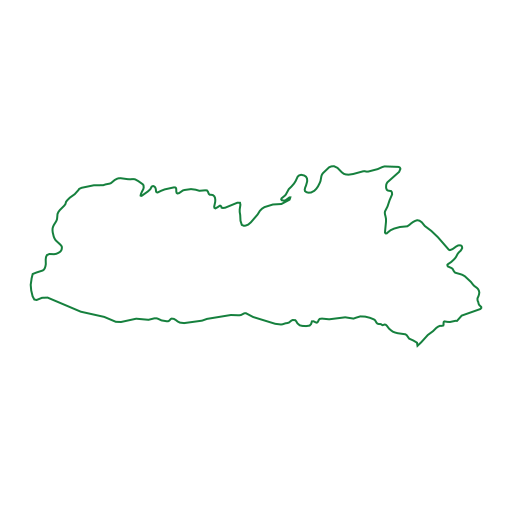 map outline of Meghalaya (Mercator projection)
{"feature_id": "IND-2489", "entity_name": "Meghalaya", "entity_type": "State", "adm_level": 1, "iso_a3": "IND", "parent_name": "India", "parent_adm1": "", "projection": "mercator", "projection_center": [91.449, 25.547], "detail": "fine", "context": "isolated", "style": "outline", "palette": "green", "viewbox_px": 512, "rotation_deg": 0, "n_neighbors": 0, "source": "natural_earth", "source_scale": "10m", "svg_char_len": 4870}
<svg xmlns="http://www.w3.org/2000/svg" viewBox="0 0 512 512"><path d="M417.5,345.8L417.0,342.7L413.3,340.5L409.1,338.6L406.7,335.2L405.4,334.3L397.6,333.2L395.0,332.5L392.9,331.7L391.1,330.4L389.0,328.6L386.8,325.7L385.8,324.8L384.7,324.5L382.6,325.2L381.8,324.8L380.8,324.1L378.6,324.0L377.4,323.6L376.5,322.7L375.1,320.3L373.9,319.4L369.9,317.8L365.1,316.6L360.3,316.4L356.3,317.6L353.5,318.6L345.2,317.3L329.2,319.3L322.0,318.6L319.7,318.9L318.8,319.9L317.9,321.8L316.8,322.7L315.5,322.3L313.6,321.3L311.9,321.4L311.1,324.0L309.6,325.6L306.1,326.1L302.3,325.9L299.7,325.3L297.4,323.3L296.3,321.4L295.3,320.2L292.7,320.0L291.4,320.6L288.9,322.6L287.1,323.1L285.5,323.3L282.5,324.3L281.0,324.5L275.2,323.8L253.1,317.0L245.9,313.2L244.3,313.3L241.0,315.0L239.2,315.3L230.9,315.0L207.0,318.9L202.2,320.6L201.0,320.8L184.1,323.1L179.9,322.6L177.7,321.5L175.9,320.1L173.9,318.9L171.6,318.6L170.8,319.0L169.2,320.7L168.3,321.2L167.0,321.3L161.5,320.4L158.3,318.9L156.6,318.3L154.5,318.3L148.5,319.8L136.2,318.7L121.0,322.0L115.8,321.8L104.2,316.9L80.8,311.7L47.6,297.6L42.0,297.8L36.6,300.0L34.3,299.5L32.6,296.3L31.2,290.4L30.7,284.8L31.4,280.0L31.6,278.4L32.7,274.0L36.5,272.5L42.7,270.5L43.9,269.6L44.7,268.4L45.4,266.4L45.8,264.2L45.7,259.4L46.0,257.1L46.9,255.1L49.4,254.0L54.0,254.2L56.3,253.8L58.5,252.8L60.2,251.7L61.1,250.6L61.6,249.6L61.9,247.8L61.8,246.7L61.4,245.9L60.4,244.7L56.4,241.0L55.3,239.8L54.4,238.2L53.7,236.5L52.7,232.3L52.5,230.2L52.6,228.3L53.1,226.6L53.9,224.9L55.8,221.9L56.5,220.6L57.0,219.2L57.2,217.5L57.5,214.0L58.4,212.0L59.8,210.1L64.3,205.6L65.4,204.1L66.1,201.7L67.5,200.0L69.8,197.7L74.7,194.2L78.4,190.1L79.2,188.9L81.6,187.8L93.7,185.3L103.2,185.2L105.6,184.4L109.7,183.6L110.8,183.2L111.6,182.6L114.7,180.0L117.2,178.7L118.6,178.3L120.6,178.2L127.9,179.2L130.4,179.3L132.3,179.1L133.7,179.1L135.2,179.4L138.3,181.1L142.8,184.3L143.5,185.3L143.7,187.5L143.3,189.1L141.9,191.8L140.9,194.1L140.7,195.1L140.6,195.6L141.2,195.9L141.7,195.8L147.8,191.5L149.9,189.6L150.5,188.9L151.6,186.7L152.4,186.2L153.6,186.1L154.9,187.0L155.6,188.3L155.9,189.8L156.0,191.2L156.5,192.2L157.6,192.5L161.1,190.8L164.7,189.4L173.8,187.4L175.1,187.4L175.8,187.8L176.2,188.8L176.3,191.7L176.7,193.0L177.5,193.5L179.1,193.1L183.0,190.4L184.5,190.0L191.0,189.1L195.6,189.7L199.4,190.8L205.2,190.3L206.9,190.4L207.9,191.6L208.8,193.9L209.7,194.7L211.4,194.8L212.9,195.1L214.3,196.3L215.0,197.8L215.3,199.9L215.2,201.9L214.2,206.5L214.4,207.8L215.4,208.4L217.6,207.2L219.8,205.7L220.3,205.7L221.2,206.4L221.6,207.7L222.9,208.0L225.2,207.7L237.4,202.7L240.0,202.8L240.4,204.8L239.7,209.4L239.7,212.0L240.2,215.0L240.5,220.8L241.8,224.9L243.9,225.8L245.6,225.6L248.2,224.6L250.9,222.3L257.6,214.5L259.9,210.8L262.0,208.7L264.5,207.1L272.9,204.5L281.4,204.0L289.5,199.7L290.0,198.5L290.3,197.4L289.5,197.4L285.8,200.1L284.9,200.5L283.7,200.6L281.7,200.2L281.2,199.3L281.6,198.3L284.8,195.7L285.8,194.6L288.8,189.1L291.4,186.6L294.0,183.6L295.6,181.1L297.7,176.6L299.1,175.4L301.2,174.8L304.2,175.5L306.0,176.7L307.0,178.5L307.2,180.8L307.2,181.1L306.9,182.4L306.0,185.6L305.2,187.5L304.7,189.6L305.0,191.1L306.5,192.2L308.5,192.7L311.1,192.5L314.3,190.8L316.3,188.8L318.0,186.4L319.8,182.8L320.5,181.0L321.4,176.1L322.0,174.5L323.0,173.1L329.1,167.3L331.3,166.4L334.0,166.2L337.5,167.9L341.8,172.3L343.8,173.8L345.6,174.4L348.5,174.7L353.2,174.0L363.1,171.3L364.7,171.2L366.4,171.6L368.1,171.6L377.7,169.1L382.4,167.0L384.6,166.4L398.2,166.9L399.5,167.3L400.1,168.0L400.4,168.9L399.1,171.9L387.5,182.2L386.9,183.1L386.3,184.4L386.1,186.0L386.1,187.9L386.8,189.8L388.0,190.6L391.1,191.1L391.9,192.3L392.1,194.4L389.6,200.2L387.5,206.5L385.0,211.4L384.8,212.8L385.0,214.4L385.5,216.3L386.0,218.9L386.0,221.7L385.1,230.9L385.0,232.6L385.6,233.4L386.7,233.4L388.3,232.0L390.6,230.2L394.1,228.6L399.9,227.0L407.3,226.3L409.5,224.8L411.1,223.4L412.9,222.1L414.9,221.0L417.2,220.2L419.5,220.7L421.8,222.3L424.8,226.0L431.3,230.9L437.9,237.2L448.7,249.6L449.0,249.8L449.3,249.9L449.7,250.1L450.3,250.0L452.3,249.2L453.3,248.6L456.0,246.6L458.0,245.5L459.1,245.3L460.1,245.3L461.3,245.7L461.9,246.4L462.2,248.0L461.4,249.6L460.5,250.9L459.4,251.8L458.3,253.0L457.5,254.1L456.1,256.8L455.1,258.2L453.8,259.6L451.2,262.0L447.9,264.2L447.4,264.7L447.4,265.4L447.8,266.4L451.6,268.1L452.7,269.0L453.6,270.8L454.5,272.0L455.2,272.7L460.2,274.1L462.0,274.7L463.2,275.3L464.9,276.3L470.9,281.9L472.9,284.5L474.2,285.9L476.8,287.8L478.0,289.0L478.9,290.7L479.3,292.5L479.0,294.5L478.4,296.3L477.5,298.3L477.5,300.0L477.7,300.9L478.2,301.9L478.4,302.8L478.7,304.0L479.3,305.1L481.2,306.9L481.3,307.9L480.4,309.0L461.7,315.6L457.0,320.9L455.5,320.8L450.0,322.0L447.6,321.9L444.4,321.4L443.8,321.8L443.5,323.1L443.6,324.4L443.3,325.5L441.5,325.9L439.8,325.9L438.2,326.6L436.3,327.9L433.1,331.1L427.8,335.0L421.2,342.3L417.5,345.8Z" fill="none" stroke="#15803d" stroke-width="2"/></svg>